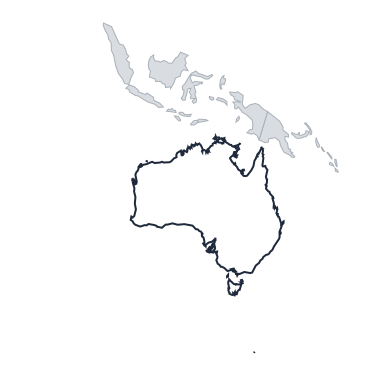 Australia and the surrounding countries, rotated 17°
{"feature_id": "AUS", "entity_name": "Australia", "entity_type": "country or territory", "adm_level": 0, "iso_a3": "AUS", "parent_name": "Oceania", "parent_adm1": "", "projection": "robinson", "projection_center": [137.073, -32.4], "detail": "fine", "context": "with_neighbors", "style": "outline", "palette": "slate", "viewbox_px": 384, "rotation_deg": 17, "n_neighbors": 4, "source": "natural_earth", "source_scale": "50m", "svg_char_len": 10129}
<svg xmlns="http://www.w3.org/2000/svg" viewBox="0 0 384 384"><g transform="rotate(17 192 192)"><path d="M240.8,93.0L255.2,98.7L260.1,103.3L260.7,106.0L267.4,108.8L268.3,111.2L264.7,111.6L265.5,114.7L269.1,117.6L271.6,122.5L273.9,122.3L273.8,124.3L276.8,125.1L275.6,125.9L279.8,127.9L279.4,129.2L276.7,129.5L275.8,128.3L268.3,127.1L263.0,121.7L260.9,117.8L255.7,115.8L249.9,118.6L250.4,121.9L247.3,123.5L240.9,122.5L240.8,93.0ZM285.8,95.9L288.9,99.2L289.4,101.6L288.2,102.8L286.5,98.3L282.4,94.9L279.5,93.6L280.6,92.5L285.8,95.9ZM282.0,107.7L277.8,109.8L275.6,109.8L270.1,107.2L270.4,105.8L274.0,106.5L276.2,106.1L276.8,104.0L277.4,103.8L277.8,106.3L280.0,105.9L283.4,102.7L283.0,100.1L285.4,100.0L286.2,100.7L286.1,103.2L284.7,106.0L282.7,106.4L282.0,107.7ZM295.9,105.4L300.8,110.8L300.3,112.1L299.2,112.5L297.4,110.8L295.7,107.9L294.9,104.5L295.4,104.0L295.9,105.4Z" fill="#d9dde1" stroke="#a8b0b8" stroke-width="1"/><path d="M240.8,93.0L240.9,122.5L237.4,118.8L233.3,117.9L232.3,119.2L227.3,119.3L229.0,115.6L231.5,114.4L230.4,109.4L228.5,105.6L220.8,101.8L217.5,101.4L211.5,97.2L210.3,99.4L208.7,99.8L207.8,98.2L207.8,96.2L204.8,94.0L209.1,92.3L211.9,92.4L211.6,91.2L205.7,91.2L204.1,88.5L200.5,87.7L198.8,85.4L204.2,84.3L206.3,82.8L212.7,84.7L214.5,93.7L218.6,96.4L222.0,91.6L226.6,88.9L230.1,88.9L236.5,92.1L240.8,93.0ZM176.8,121.5L177.3,123.8L174.7,127.2L171.3,128.2L170.8,127.6L172.9,123.3L176.8,121.5ZM213.7,112.4L213.3,109.0L214.8,105.9L215.7,107.2L215.7,109.3L213.7,112.4ZM148.3,62.4L146.0,66.5L148.9,70.8L148.2,72.9L152.7,77.1L147.9,77.6L146.6,80.7L146.8,84.8L142.9,87.9L142.9,92.4L141.3,99.4L140.7,97.7L136.2,99.8L134.6,97.0L131.8,96.8L129.8,95.3L125.0,96.9L123.5,94.7L117.6,94.5L116.9,88.4L114.9,87.1L113.0,83.2L112.4,79.3L112.9,75.1L115.3,72.1L116.0,75.1L118.7,77.6L121.3,76.7L123.8,77.1L126.2,74.8L128.1,74.4L131.9,75.6L135.2,74.7L137.3,68.4L138.8,66.8L140.2,61.6L148.3,62.4ZM194.3,93.9L198.7,95.2L200.1,98.7L196.8,96.8L188.4,96.6L189.3,94.1L194.3,93.9ZM184.3,98.4L181.5,97.5L180.7,95.6L184.8,95.4L185.8,96.8L184.3,98.4ZM188.5,71.3L188.8,73.8L191.1,74.2L191.5,76.0L191.3,80.0L189.2,79.5L188.6,82.3L190.3,84.7L189.2,85.2L187.5,82.4L186.4,76.6L187.2,72.9L188.5,71.3ZM163.4,76.6L173.0,77.0L177.0,73.7L177.7,74.7L174.5,79.2L171.5,80.1L167.6,79.2L157.4,80.1L156.9,83.5L160.5,87.5L162.6,85.5L170.1,83.9L169.8,86.0L168.0,85.4L166.3,88.0L162.8,89.8L166.6,95.6L165.9,97.2L169.5,102.4L169.5,105.4L167.3,106.7L165.7,105.1L167.7,101.4L163.7,103.2L162.7,101.9L163.2,100.2L160.4,97.5L160.6,93.1L158.0,94.5L158.5,106.2L156.0,106.9L154.3,105.6L155.4,101.4L154.7,97.0L153.1,97.0L151.8,93.9L153.4,90.9L156.0,80.5L156.8,78.6L160.3,75.2L163.4,76.6ZM158.2,127.7L152.9,124.5L156.6,123.6L160.1,126.4L159.9,127.6L158.2,127.7ZM162.3,119.9L165.0,119.5L168.5,117.9L168.0,120.4L162.0,121.7L156.6,121.1L156.6,119.5L159.8,118.5L162.3,119.9ZM150.0,119.1L152.4,118.7L153.5,120.6L143.9,122.1L145.3,119.5L147.5,119.5L148.5,117.9L150.0,119.1ZM110.8,110.3L111.4,111.9L119.1,112.4L119.9,110.5L127.4,112.7L128.8,115.6L134.9,116.4L139.8,119.1L135.3,120.9L130.8,119.0L123.1,118.8L111.7,115.8L110.1,116.4L102.8,114.5L102.0,112.6L98.4,112.2L101.0,107.9L105.9,108.2L110.8,110.3ZM94.1,86.1L94.8,89.2L96.2,91.8L99.2,92.2L101.1,95.0L100.2,100.7L100.1,107.7L95.7,107.8L92.2,104.0L87.1,100.3L82.3,93.9L77.1,84.1L73.6,80.3L71.0,72.9L67.4,70.0L65.4,66.1L62.4,63.6L58.3,58.6L58.0,56.3L66.7,57.4L79.2,71.6L83.3,71.7L86.6,74.8L88.9,78.6L91.9,80.7L90.3,84.4L92.7,86.0L94.1,86.1Z" fill="#d9dde1" stroke="#a8b0b8" stroke-width="1"/><path d="M176.8,121.5L177.2,120.4L180.7,119.4L184.7,118.7L186.2,119.2L177.3,123.8L176.8,121.5Z" fill="#d9dde1" stroke="#a8b0b8" stroke-width="1"/><path d="M325.0,128.7L326.0,130.3L323.2,130.2L321.8,127.4L325.0,128.7ZM323.3,124.7L322.7,125.5L319.8,121.6L319.0,118.9L320.3,118.9L323.3,124.7ZM320.0,125.9L316.0,125.6L315.1,124.9L315.4,123.1L318.0,123.8L320.0,125.9ZM315.2,117.5L316.3,119.9L309.6,114.8L310.2,114.4L315.2,117.5ZM302.9,111.1L306.9,114.5L306.1,114.7L304.3,113.7L302.7,111.8L302.9,111.1Z" fill="#d9dde1" stroke="#a8b0b8" stroke-width="1"/><path d="M249.4,135.4L249.1,137.0L250.3,138.5L251.6,146.2L252.4,146.8L254.5,145.7L255.2,146.9L257.7,148.9L258.2,155.6L259.4,157.7L260.1,157.9L260.9,161.2L260.5,164.0L261.6,165.3L261.8,167.2L264.8,169.1L265.9,169.1L267.1,170.8L271.1,173.2L271.6,174.1L270.8,174.5L273.7,179.0L274.6,183.0L275.1,182.7L275.6,183.5L275.9,181.7L277.9,183.5L278.2,182.6L278.7,183.6L279.0,187.6L280.1,189.0L282.7,190.6L286.8,196.5L286.8,197.7L287.7,198.9L287.3,204.5L288.9,209.3L289.0,211.2L286.4,219.8L285.8,223.8L284.2,226.5L283.8,228.3L282.6,229.8L281.2,230.4L279.1,233.5L279.0,235.1L277.3,237.7L277.0,240.0L274.5,243.7L273.1,251.4L271.4,252.5L265.4,253.2L261.5,256.5L259.1,256.8L259.5,257.5L260.0,257.3L259.7,258.7L258.8,257.4L258.0,257.6L257.5,256.5L256.1,255.9L256.6,255.3L256.4,254.6L255.7,254.6L254.4,255.8L253.6,255.0L254.3,255.0L255.1,253.9L254.3,253.0L252.4,254.1L253.4,254.4L249.1,257.2L245.1,255.2L242.4,254.7L241.3,255.1L239.8,253.8L237.5,253.0L235.2,250.1L235.5,247.4L235.1,246.1L232.2,242.6L233.5,242.7L233.4,241.6L230.6,242.8L229.3,242.7L230.5,240.0L230.5,238.9L229.0,236.2L227.4,240.6L224.4,241.0L224.9,239.5L226.3,239.5L226.7,236.1L228.4,233.5L228.1,231.8L228.6,231.3L227.8,228.9L227.8,230.1L225.7,233.7L222.7,235.5L220.6,238.4L220.9,239.8L220.3,239.3L219.7,239.7L217.7,238.0L218.1,237.6L219.0,238.0L218.1,235.2L216.2,232.0L214.6,231.6L213.8,229.7L214.3,229.6L214.3,228.8L212.1,227.3L210.4,227.2L208.6,226.1L206.5,226.4L202.4,224.0L194.0,225.0L187.9,227.5L182.5,227.7L178.2,230.3L176.3,230.9L173.7,235.0L168.5,235.4L168.2,234.8L165.7,234.6L159.8,235.3L158.4,237.1L156.3,237.6L152.6,240.2L147.4,239.9L145.4,239.0L143.7,237.3L141.5,236.6L141.2,233.2L142.7,233.8L143.8,231.7L143.4,224.9L140.7,219.8L139.4,213.4L136.5,208.5L135.8,205.2L132.3,199.9L132.8,200.2L132.9,199.5L133.9,201.6L134.9,201.4L134.9,200.6L133.0,197.8L133.1,197.3L134.2,198.3L134.3,199.7L134.8,199.2L135.4,200.6L135.8,200.9L136.3,200.4L136.2,198.4L132.8,192.0L133.0,189.4L133.9,187.4L134.0,185.1L133.5,183.8L134.7,180.4L135.1,180.2L135.3,183.1L136.2,182.5L137.4,180.2L140.3,178.7L145.0,174.8L147.8,175.2L153.0,173.1L154.4,171.9L156.3,172.1L161.8,170.1L163.1,168.8L165.0,165.0L167.0,163.3L166.1,160.8L166.5,158.9L169.3,155.7L171.7,160.6L171.8,158.4L172.7,158.8L172.9,157.9L171.3,156.0L171.9,155.6L171.8,154.8L172.3,154.6L172.8,155.5L173.5,154.9L176.4,155.6L175.0,155.1L175.9,153.1L175.3,153.6L174.8,152.6L175.0,151.4L175.5,151.5L176.0,150.4L177.5,151.2L177.5,150.6L176.9,150.6L176.6,149.9L177.4,149.2L178.6,149.7L177.9,147.9L179.5,146.9L179.7,145.8L179.8,147.1L180.4,146.8L180.7,147.5L181.2,146.9L181.3,144.6L182.2,145.4L182.7,144.8L183.4,145.4L184.7,143.5L186.9,144.8L189.9,148.1L189.4,150.7L189.7,150.2L190.1,150.6L189.8,149.4L191.4,148.2L193.3,148.7L193.9,149.9L194.1,148.6L195.6,149.8L195.6,148.5L196.4,148.4L195.5,147.6L195.8,147.2L194.6,146.4L195.9,144.6L196.4,142.7L198.0,141.5L197.7,139.9L198.6,138.7L199.4,138.5L199.4,137.5L200.4,138.1L200.4,137.3L202.1,135.9L202.7,136.8L205.9,136.4L206.6,136.9L206.9,136.2L207.8,136.2L207.6,134.0L204.2,132.4L204.7,131.9L205.5,132.5L206.2,132.1L207.6,133.3L208.7,132.9L209.6,134.3L214.5,135.8L215.8,135.5L217.0,136.5L217.7,136.6L220.5,134.8L219.7,136.5L220.9,136.5L221.2,137.5L221.9,137.6L221.9,136.2L223.0,135.4L224.6,137.2L223.0,139.2L223.2,140.1L222.7,141.2L222.0,140.8L220.6,141.5L220.7,144.4L218.5,148.1L218.7,148.9L222.0,151.8L223.6,152.3L224.0,153.3L224.8,153.2L227.6,154.8L229.7,157.0L232.8,157.8L233.7,159.8L236.8,161.5L238.7,161.1L240.0,160.2L242.3,154.1L243.2,149.5L242.6,143.7L243.3,141.3L243.2,139.9L244.4,138.9L243.4,137.8L243.5,137.2L244.2,135.5L244.6,135.8L245.4,130.8L246.6,129.7L247.2,129.9L246.9,130.5L247.8,131.6L248.2,134.8L249.4,135.4ZM253.2,265.6L255.3,266.0L259.0,267.8L260.5,267.4L261.0,267.8L261.5,267.0L263.2,267.0L265.2,266.0L266.1,266.4L266.2,272.5L265.8,271.4L265.0,272.7L264.5,274.5L264.7,276.7L264.0,277.0L263.5,276.1L264.1,275.7L263.3,275.3L262.8,276.1L262.3,275.1L262.0,277.0L261.1,276.7L261.4,277.2L260.6,278.7L257.6,278.4L257.4,277.7L258.2,277.4L257.0,277.3L255.7,275.7L254.7,272.5L255.7,273.7L255.9,273.1L255.2,272.2L254.9,272.4L254.9,271.6L253.3,268.8L252.9,266.9L253.2,265.6ZM199.4,132.8L202.0,131.9L203.1,133.0L200.7,135.3L199.0,133.9L198.5,131.9L199.4,132.8ZM227.1,243.3L228.3,243.2L229.1,243.8L227.4,244.0L226.5,244.8L223.9,244.6L223.1,244.0L223.5,243.3L226.1,242.6L227.0,242.7L227.1,243.3ZM223.7,143.8L224.4,143.7L223.8,145.0L224.6,145.5L224.4,146.0L222.2,145.6L222.5,144.1L223.4,143.2L223.7,143.8ZM287.4,198.0L287.0,197.1L287.3,195.4L288.1,194.6L287.8,193.7L288.2,193.3L288.6,194.9L287.4,198.0ZM265.5,261.4L266.6,262.5L266.6,263.3L265.8,263.7L264.6,262.0L265.5,261.4ZM198.1,132.6L199.4,134.8L197.1,134.6L198.1,132.6ZM250.4,263.1L250.1,262.1L250.7,260.6L251.2,262.3L250.4,263.1ZM235.5,156.1L234.4,156.7L233.4,157.1L233.9,155.9L235.1,155.5L235.5,156.1ZM132.2,199.3L131.3,198.1L131.2,197.0L131.3,196.9L132.2,199.3ZM266.6,263.9L267.1,264.5L266.8,264.7L265.4,264.2L266.6,263.9ZM279.7,187.9L280.5,187.9L280.5,189.0L279.7,187.9ZM261.4,163.9L261.7,164.6L261.5,165.0L260.7,164.0L261.4,163.9ZM262.1,277.2L262.2,278.2L261.5,277.9L262.1,277.2ZM288.9,205.6L288.5,206.9L288.4,206.8L288.5,205.5L288.9,205.6ZM207.3,132.4L206.8,131.2L207.2,130.9L207.4,131.8L207.3,132.4ZM223.8,131.9L222.9,133.0L223.9,131.1L223.8,131.9ZM288.5,205.1L288.3,204.3L288.5,203.8L288.5,205.1ZM225.2,152.7L224.6,152.4L224.9,151.9L225.1,152.2L225.2,152.7ZM221.9,143.7L221.3,143.8L221.7,143.1L221.9,143.7ZM140.0,174.9L139.9,175.8L139.6,175.7L140.0,174.9ZM245.8,129.7L245.5,130.0L245.3,129.4L245.5,129.2L245.8,129.7ZM256.4,255.1L255.8,255.4L255.6,255.3L255.7,254.9L256.4,255.1ZM298.5,326.9L298.1,327.7L298.6,326.5L298.5,326.9ZM222.7,133.4L221.5,134.1L222.7,133.2L222.7,133.4ZM178.0,146.8L177.5,147.3L177.8,146.7L178.0,146.8ZM262.7,277.1L262.2,276.7L262.4,276.4L262.6,276.5L262.7,277.1ZM235.0,158.7L234.3,158.7L234.7,158.2L235.0,158.7ZM175.7,150.8L175.4,151.1L175.3,150.4L175.7,150.8ZM255.4,255.6L255.9,256.0L255.1,255.9L255.4,255.6ZM275.5,181.6L275.3,181.6L275.4,181.2L275.5,181.6ZM253.5,264.8L253.4,265.2L253.2,264.7L253.5,264.8Z" fill="none" stroke="#1e293b" stroke-width="2"/></g></svg>